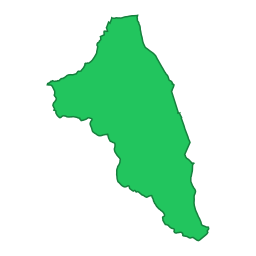 Bojacá, Cundinamarca, Colombia
{"feature_id": "7082276B91905392471943", "entity_name": "Bojacá", "entity_type": "district", "adm_level": 2, "iso_a3": "COL", "parent_name": "Colombia", "parent_adm1": "Cundinamarca", "projection": "robinson", "projection_center": [-74.318, 4.687], "detail": "fine", "context": "isolated", "style": "filled", "palette": "green", "viewbox_px": 256, "rotation_deg": 0, "n_neighbors": 0, "source": "geoboundaries", "source_scale": "gbopen_adm2", "svg_char_len": 5771}
<svg xmlns="http://www.w3.org/2000/svg" viewBox="0 0 256 256"><path d="M53.9,110.2L54.5,110.4L54.9,110.3L55.6,110.7L55.9,111.2L55.9,112.9L56.2,113.6L57.4,115.6L59.5,117.6L60.4,117.6L61.0,117.3L61.5,116.7L62.4,116.1L63.3,115.8L64.0,115.8L64.7,116.0L65.7,116.1L66.2,116.4L66.9,116.8L68.9,117.0L70.5,116.9L71.3,116.7L71.6,116.9L73.0,116.6L73.7,116.7L76.8,117.3L78.3,118.0L78.6,118.0L79.8,118.3L80.0,119.3L80.9,120.1L81.2,120.6L83.2,120.2L86.1,119.2L88.1,117.8L89.0,117.8L91.5,118.6L92.0,119.1L92.0,119.6L91.7,120.4L91.2,120.9L90.8,121.5L90.3,122.8L90.1,123.9L90.5,125.4L91.5,127.7L92.4,131.0L92.9,131.8L94.7,133.2L95.8,133.8L97.1,134.8L98.4,135.5L99.1,135.7L100.5,135.7L101.7,135.5L103.0,135.0L105.6,134.5L106.6,134.6L107.1,134.2L107.7,134.3L107.9,135.3L108.6,138.0L109.1,139.1L109.5,139.8L109.9,140.8L110.6,141.4L111.5,141.5L112.3,142.2L114.0,142.8L114.6,143.1L114.8,143.4L115.0,144.5L115.0,146.1L114.8,147.4L114.4,148.6L114.4,149.7L114.7,151.0L115.1,152.1L115.8,153.2L117.1,155.3L119.7,158.2L120.3,159.3L120.2,160.2L120.0,160.8L120.0,162.0L119.7,163.0L119.1,164.5L117.9,166.3L117.6,167.0L117.5,167.8L117.0,169.0L116.8,169.9L116.7,171.2L116.8,171.8L116.7,174.5L116.7,175.0L116.9,175.7L117.1,178.4L117.4,179.8L118.0,181.7L119.5,183.0L121.0,184.7L122.1,185.7L123.6,186.6L124.7,186.9L125.9,186.8L127.0,186.3L127.7,185.9L128.4,185.8L128.8,185.9L129.4,187.0L129.4,187.8L129.9,188.7L132.1,190.4L133.3,191.1L134.4,190.5L134.9,190.5L135.6,191.2L135.9,191.7L136.2,192.0L137.0,191.7L137.9,191.7L138.5,191.9L141.4,194.4L142.1,195.0L143.0,195.2L144.1,195.8L144.8,196.4L146.0,197.0L146.6,197.2L147.3,197.0L149.0,196.1L150.9,195.6L151.4,195.5L151.9,195.9L152.2,197.3L153.0,198.7L153.3,199.6L153.6,201.1L154.2,202.1L154.6,203.3L155.3,204.0L156.7,206.5L157.3,207.0L158.4,208.3L159.0,208.9L160.2,209.6L160.7,210.3L161.9,211.1L163.1,212.2L163.6,212.9L164.4,214.3L164.5,215.8L164.4,216.1L163.7,216.6L163.2,216.7L162.8,217.0L162.6,217.7L162.9,219.1L162.9,220.2L163.3,221.0L164.1,222.4L164.5,223.2L164.8,223.5L165.3,224.5L166.3,224.6L167.3,224.9L168.2,225.3L169.1,226.3L170.3,227.5L171.7,228.3L173.1,228.6L173.3,228.6L174.0,229.0L174.3,229.7L174.3,230.4L174.0,231.1L174.0,231.4L174.6,232.5L175.8,233.0L176.4,233.0L177.7,232.6L178.6,232.6L179.5,232.4L180.3,232.3L180.6,232.2L181.2,232.3L182.5,233.2L182.6,233.5L182.5,233.8L182.8,234.2L182.9,234.5L182.8,235.4L183.0,235.6L183.3,235.8L187.1,236.5L188.7,237.5L190.0,238.0L190.4,238.0L191.5,237.6L193.0,237.4L196.6,239.9L197.2,240.3L198.6,240.6L199.8,239.9L205.7,235.0L206.7,234.1L207.4,233.1L207.7,232.6L207.8,232.2L207.4,231.6L207.3,231.2L207.3,230.8L207.5,230.3L208.0,229.9L208.6,229.1L208.7,228.6L208.5,228.0L208.4,227.2L207.7,227.1L206.7,227.1L206.0,226.9L204.8,226.3L202.8,225.6L202.2,225.3L201.7,224.6L201.3,223.8L201.0,222.3L200.6,221.3L199.4,218.5L198.4,216.8L197.1,213.6L196.2,211.7L195.5,210.0L194.3,205.5L194.0,202.9L194.2,199.3L194.1,197.9L194.1,196.2L194.4,194.8L194.8,194.1L195.3,192.6L195.5,191.7L195.5,191.1L195.3,190.4L194.9,189.4L193.3,187.3L193.1,186.5L192.7,186.2L191.0,182.0L190.8,181.2L190.8,178.3L190.8,177.4L191.3,176.0L191.5,174.6L192.3,171.0L192.4,169.7L192.5,166.3L192.6,165.3L192.7,164.7L193.0,164.2L193.8,163.3L193.0,163.0L192.6,163.0L191.9,163.3L191.6,163.2L191.2,162.2L190.3,161.3L189.4,160.3L188.9,159.9L188.6,159.5L186.8,158.4L186.5,158.1L185.5,156.6L185.2,155.3L185.0,155.0L184.7,154.7L185.0,153.8L190.0,142.5L189.5,141.0L188.6,139.2L187.9,136.8L184.8,128.7L184.0,125.8L181.7,119.3L181.3,118.4L181.6,117.6L179.6,113.7L179.6,113.4L179.7,113.0L179.4,113.1L178.6,113.1L178.5,112.9L178.1,113.1L177.8,113.0L178.1,112.1L171.5,91.2L171.8,90.9L172.2,90.0L172.1,89.9L173.4,87.0L173.9,85.3L174.0,84.9L173.5,84.4L173.0,84.4L172.7,83.7L172.2,83.7L172.3,83.1L172.2,82.7L171.5,81.5L170.2,80.7L169.6,80.5L169.1,80.0L168.8,79.2L168.2,77.1L167.7,75.9L166.9,74.8L166.2,74.2L165.8,73.6L165.2,72.5L164.7,72.0L162.8,68.5L161.8,66.9L158.9,61.8L158.2,60.5L157.4,59.2L155.6,55.7L153.4,53.4L149.5,50.6L147.6,49.1L145.4,47.5L145.1,47.1L143.4,43.5L142.7,41.3L142.0,37.3L141.3,34.9L140.6,31.0L140.3,29.7L140.1,27.1L140.0,26.6L139.6,25.3L138.8,23.8L138.9,23.1L138.7,22.7L138.4,22.2L138.3,21.9L137.6,21.0L137.4,20.6L137.3,18.1L137.0,17.2L137.6,15.8L137.6,15.4L137.4,15.5L134.7,15.7L131.8,15.8L129.2,16.2L127.6,16.6L126.6,16.7L125.0,16.9L123.3,17.4L121.9,17.9L120.1,18.1L119.0,17.9L118.1,18.1L117.7,18.1L117.1,17.8L116.6,17.8L115.4,18.0L115.2,18.2L113.9,18.3L112.4,18.1L111.8,17.8L111.8,18.1L110.8,21.1L110.6,21.3L109.9,23.2L108.6,22.1L106.7,27.2L106.4,27.7L107.1,29.6L107.5,31.3L106.7,31.3L104.8,31.1L104.2,31.2L104.1,31.4L104.0,32.2L104.2,34.8L100.4,36.6L100.7,37.6L100.7,38.4L100.8,38.9L100.8,39.6L100.5,40.0L100.3,40.2L100.0,40.6L99.4,41.0L99.1,41.8L98.7,42.4L98.3,42.7L97.9,42.7L97.6,43.0L97.1,44.0L97.0,45.0L97.1,45.6L97.4,45.8L97.6,46.1L97.7,46.4L97.7,46.9L97.2,49.7L96.8,51.3L96.7,52.7L96.4,53.6L94.5,57.0L92.3,60.2L91.0,61.5L89.4,62.7L88.6,63.1L88.1,63.2L87.5,63.0L86.2,63.5L85.6,63.3L85.4,63.3L85.2,63.5L84.9,63.9L84.9,65.3L84.4,66.1L84.1,66.5L84.0,67.1L82.7,68.8L81.4,70.3L81.2,70.8L80.7,71.1L79.6,71.3L79.2,71.4L78.7,71.2L78.2,71.3L77.8,71.6L77.0,72.8L76.5,73.3L76.2,73.8L72.8,74.8L70.5,74.7L68.5,74.9L66.9,75.6L66.2,76.3L65.6,76.7L64.2,77.8L63.5,78.0L63.1,78.5L62.3,78.4L61.8,78.6L61.2,78.6L61.0,78.8L60.9,79.0L60.3,79.4L59.2,80.6L58.8,80.7L57.6,80.7L56.9,81.2L55.9,81.1L54.9,81.4L54.5,81.4L53.4,81.1L52.8,80.8L52.4,80.7L52.0,81.0L51.8,81.5L50.8,81.4L50.6,82.0L50.1,82.2L49.2,82.7L49.1,83.1L48.8,83.3L48.0,83.4L47.7,83.5L47.3,84.8L49.0,85.0L50.1,85.0L50.9,85.1L51.7,85.6L52.6,86.9L54.7,91.2L54.7,93.8L54.2,95.1L54.9,96.3L55.3,96.7L56.2,98.1L56.2,99.3L55.9,100.1L55.3,100.8L55.0,101.5L53.9,102.6L53.4,103.5L53.1,104.5L52.9,105.4L53.6,107.0L54.4,108.4L54.4,109.1L53.9,110.2Z" fill="#22c55e" stroke="#15803d" stroke-width="1.5"/></svg>